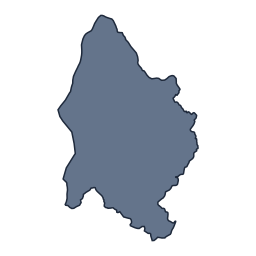 Viengkham, Louangphrabang, Laos (Natural Earth projection)
{"feature_id": "54806243B97421577673591", "entity_name": "Viengkham", "entity_type": "district", "adm_level": 2, "iso_a3": "LAO", "parent_name": "Laos", "parent_adm1": "Louangphrabang", "projection": "natural_earth1", "projection_center": [103.07, 20.384], "detail": "fine", "context": "isolated", "style": "filled", "palette": "slate", "viewbox_px": 256, "rotation_deg": 0, "n_neighbors": 0, "source": "geoboundaries", "source_scale": "gbopen_adm2", "svg_char_len": 5120}
<svg xmlns="http://www.w3.org/2000/svg" viewBox="0 0 256 256"><path d="M197.4,148.7L197.9,148.5L198.0,148.1L198.0,147.6L197.8,145.7L197.7,145.7L197.2,144.8L196.9,144.0L197.0,143.0L196.7,141.9L196.7,140.0L196.6,139.0L196.3,138.7L195.6,138.7L195.4,138.5L195.4,138.0L195.8,137.1L195.9,136.6L195.7,135.5L195.0,134.5L194.8,134.0L194.7,133.0L194.4,132.4L193.9,132.0L193.0,131.8L192.1,131.7L191.6,131.5L190.8,130.9L190.4,130.3L190.3,129.7L190.4,129.1L193.0,125.6L193.9,124.1L194.5,122.5L194.7,121.8L194.8,121.2L194.3,120.5L194.3,120.0L194.4,119.7L195.5,118.8L195.9,118.3L196.2,117.6L196.3,117.1L196.6,115.7L196.6,115.3L194.7,113.2L194.2,112.8L193.8,112.7L193.1,113.0L192.7,113.2L191.8,114.3L191.5,114.4L191.0,114.1L190.7,113.7L189.2,112.2L188.6,111.9L188.2,111.9L187.8,112.3L187.5,112.6L187.0,112.7L186.8,112.6L186.5,111.6L186.2,111.2L185.9,111.2L185.6,111.6L185.1,111.7L184.2,111.3L183.9,110.9L182.6,108.5L182.0,108.1L181.5,107.6L181.2,106.8L180.7,105.7L180.1,105.2L179.5,105.1L179.0,104.8L178.8,104.4L178.3,103.3L177.4,102.4L176.9,102.1L176.4,102.0L175.5,102.2L175.1,102.2L174.8,101.9L174.5,101.5L173.7,99.7L173.2,98.8L173.2,98.2L173.4,97.8L173.6,97.7L174.4,97.0L175.1,96.0L175.6,94.8L175.8,94.6L176.1,94.7L176.7,95.2L177.1,95.2L177.3,94.9L178.0,93.9L178.8,92.9L179.0,92.1L179.0,91.4L179.0,90.7L179.3,90.3L179.7,90.0L180.0,89.2L179.1,87.8L177.2,85.1L176.3,83.3L176.3,81.5L176.1,78.5L175.2,77.4L173.8,75.9L172.5,75.6L171.4,75.7L169.1,76.6L166.8,78.7L164.6,80.1L161.6,80.3L159.8,79.2L158.8,78.4L156.7,78.1L154.1,78.5L151.8,78.8L149.0,77.4L147.0,75.2L144.9,71.9L143.8,70.7L142.6,70.6L142.0,69.8L141.7,68.9L141.1,67.9L139.1,65.7L138.0,64.0L137.7,62.3L138.1,60.7L138.0,59.3L137.6,56.7L136.3,53.0L135.0,51.4L132.7,48.7L130.9,46.6L128.2,42.3L125.7,39.6L125.5,39.3L125.5,38.5L124.7,36.8L123.4,35.5L122.6,33.6L122.2,32.7L121.7,32.6L120.6,32.6L118.7,32.4L118.1,32.3L117.6,32.0L117.2,31.0L117.1,29.7L117.0,29.1L116.5,28.2L115.9,26.2L115.4,25.1L113.3,20.7L111.8,19.0L110.0,18.5L107.0,17.5L105.3,16.8L103.8,15.9L102.1,15.4L100.8,15.4L99.8,16.3L98.7,17.2L97.9,18.2L97.2,19.4L96.4,20.6L95.4,22.3L94.7,23.4L93.5,26.4L93.0,27.5L92.8,28.0L92.7,28.2L92.7,28.3L92.4,28.8L92.1,29.5L91.6,30.2L91.0,30.9L89.7,31.6L87.5,32.8L85.7,34.1L84.4,35.8L83.0,38.8L82.4,41.1L81.9,43.1L81.5,44.9L81.6,46.5L81.7,48.4L81.8,50.3L81.8,52.6L81.6,55.0L81.4,56.2L81.1,57.9L80.7,59.9L80.3,61.6L79.6,63.4L78.4,65.7L77.5,67.7L75.6,71.5L73.5,76.3L72.8,80.1L72.7,83.4L71.9,85.6L71.4,87.3L70.5,91.6L69.6,92.8L65.4,100.1L60.6,106.0L58.0,109.8L59.9,116.5L62.8,121.0L68.3,127.7L71.8,132.0L74.1,143.4L75.3,153.6L74.2,155.2L66.3,167.9L63.1,179.0L64.6,180.6L65.9,181.7L66.8,183.0L66.9,185.1L67.3,187.1L67.5,190.0L67.0,194.1L67.1,198.3L66.4,201.6L65.7,203.4L65.2,204.4L65.6,205.2L68.0,205.6L69.8,207.4L71.8,208.5L73.8,208.3L76.5,206.6L79.6,205.2L80.5,203.5L81.1,202.7L80.5,199.9L82.4,198.6L83.3,196.1L83.4,194.3L84.5,193.6L85.9,192.4L88.1,191.1L89.8,190.1L91.1,188.1L92.8,187.9L94.0,187.5L95.2,187.7L95.6,189.0L96.2,190.2L97.2,191.4L99.1,193.2L101.8,195.7L103.0,197.6L103.3,199.1L103.9,199.8L103.9,201.5L104.7,203.0L104.4,204.3L104.2,206.1L104.9,206.9L106.1,207.7L107.3,207.8L108.0,208.3L108.9,208.2L110.6,208.1L112.1,207.8L113.1,207.8L114.6,209.1L115.6,209.6L116.6,210.2L116.8,212.2L117.4,212.5L118.6,212.4L119.8,211.7L123.6,216.9L127.1,217.9L130.4,218.7L131.2,219.9L131.6,222.0L131.3,223.3L130.2,224.5L130.4,225.7L132.8,226.8L135.2,227.8L137.4,228.4L139.1,228.5L140.8,227.4L142.0,226.5L144.3,226.5L144.9,228.5L144.4,230.9L148.2,233.4L149.8,233.3L150.7,234.1L150.8,235.9L151.7,238.8L152.2,240.6L154.0,240.5L155.5,239.4L156.8,238.2L157.6,237.3L159.9,237.6L162.0,238.0L164.9,237.9L165.0,237.6L165.4,237.2L166.7,236.3L168.1,235.5L169.9,234.5L170.3,234.3L171.0,233.1L171.2,232.2L171.7,230.5L172.5,229.0L173.2,228.0L174.0,226.2L175.5,222.3L175.7,221.4L175.6,221.2L175.3,221.2L175.0,221.3L173.8,222.8L173.4,223.0L172.8,222.9L172.1,222.6L171.2,222.0L170.4,221.5L169.1,221.0L168.7,220.7L167.9,219.8L167.7,219.4L167.6,218.7L167.6,217.8L167.8,216.6L168.0,214.4L167.9,212.8L167.6,212.4L167.1,212.1L165.6,211.8L165.4,211.6L165.1,210.5L164.6,209.0L164.3,208.7L163.7,208.4L162.1,208.3L161.7,208.1L160.8,207.0L160.0,206.4L159.7,206.2L159.5,205.9L159.3,205.7L159.1,205.7L158.8,205.6L158.5,205.1L158.2,204.8L157.9,204.5L157.9,203.7L157.8,202.9L158.0,202.1L158.4,201.6L160.2,200.1L161.5,199.0L163.2,197.9L163.8,197.1L164.7,195.8L165.2,194.1L165.5,192.1L165.9,191.7L167.3,191.0L169.2,190.1L170.1,189.2L170.8,188.4L171.8,186.4L172.2,185.8L172.7,185.6L173.3,185.5L175.9,185.4L177.1,184.7L177.5,184.1L177.9,182.4L178.3,180.5L178.2,179.3L177.9,178.2L177.4,177.7L176.1,177.4L175.7,177.2L175.7,176.9L176.1,176.8L177.9,176.5L178.2,176.3L179.3,175.3L180.4,174.6L181.0,174.4L182.6,174.3L183.1,174.1L183.4,173.8L183.6,173.0L184.1,170.0L184.6,167.8L184.8,167.4L185.1,167.2L186.0,167.0L186.7,166.7L187.2,166.0L187.7,164.8L187.9,164.4L188.9,162.7L189.2,161.6L189.4,161.0L190.0,160.6L192.6,158.6L193.3,157.6L193.7,156.8L193.8,155.5L193.7,153.7L193.9,153.1L194.3,152.5L195.4,151.7L196.6,150.9L196.7,150.6L196.4,149.5L196.6,149.2L197.1,148.9L197.4,148.7Z" fill="#64748b" stroke="#1e293b" stroke-width="1.5"/></svg>